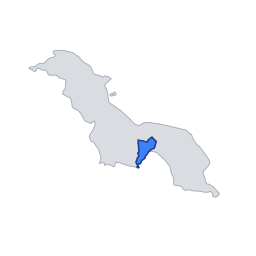 where Dedza sits in Malawi, rotated 320°
{"feature_id": "MWI-1907", "entity_name": "Dedza", "entity_type": "District", "adm_level": 1, "iso_a3": "MWI", "parent_name": "Malawi", "parent_adm1": "", "projection": "mercator", "projection_center": [34.115, -14.229], "detail": "fine", "context": "in_parent", "style": "filled", "palette": "blue", "viewbox_px": 256, "rotation_deg": 320, "n_neighbors": 0, "source": "natural_earth", "source_scale": "10m", "svg_char_len": 4365}
<svg xmlns="http://www.w3.org/2000/svg" viewBox="0 0 256 256"><g transform="rotate(320 128 128)"><path d="M98.2,148.4L96.7,146.4L95.5,146.9L93.8,148.3L92.9,148.7L92.4,148.7L92.1,148.3L91.7,147.4L90.4,144.7L89.0,142.9L87.4,142.1L86.2,141.3L86.7,140.4L87.3,139.8L87.1,139.2L86.3,138.3L83.6,137.0L83.5,136.4L86.0,135.3L87.5,133.9L88.6,132.6L89.9,129.8L90.9,127.0L91.7,126.0L92.0,124.2L91.8,122.1L92.4,119.4L92.6,116.8L91.8,115.8L91.1,114.1L92.0,111.2L93.2,109.2L99.4,107.1L103.6,105.2L104.5,104.4L106.0,102.8L106.8,101.2L106.2,100.8L102.8,100.7L102.0,100.1L99.6,94.6L100.9,88.3L101.1,85.8L101.0,82.7L100.6,80.5L99.5,79.5L98.9,78.3L99.1,75.0L100.0,74.6L102.2,70.3L103.1,67.7L102.0,65.6L100.7,62.7L100.2,60.9L99.8,60.3L100.7,59.1L102.2,58.0L103.8,57.7L105.5,57.2L110.8,51.8L110.9,50.7L109.9,48.9L107.9,46.2L107.5,45.0L107.2,41.8L106.4,40.8L103.5,38.6L101.2,36.3L101.9,33.9L102.3,31.3L101.2,29.9L99.5,28.5L98.5,26.3L98.0,24.7L96.7,24.1L95.5,24.1L94.6,25.1L93.7,25.0L92.5,24.6L92.1,23.3L92.1,21.8L91.3,20.8L90.5,19.4L90.4,18.6L90.9,18.4L91.9,18.3L96.2,21.1L98.9,21.2L101.8,21.7L104.3,24.2L105.5,24.5L107.2,24.2L111.9,23.9L113.8,24.3L116.2,25.8L117.2,26.0L118.7,26.0L119.0,25.6L119.1,24.8L118.8,23.0L119.2,22.1L120.1,21.1L122.7,22.3L129.1,27.7L129.3,28.4L133.4,33.8L134.7,36.0L134.7,37.2L136.0,42.0L136.2,44.2L135.9,45.8L136.0,47.2L136.5,49.1L136.3,49.9L137.8,52.7L138.5,55.1L138.6,57.4L138.2,59.7L136.9,63.0L136.7,64.3L137.0,65.5L137.8,66.8L139.2,68.2L140.3,70.0L141.0,72.0L141.6,72.9L142.3,72.8L143.7,73.2L144.8,74.3L146.1,76.3L146.5,78.6L146.7,79.5L143.0,79.5L138.4,79.8L137.3,80.7L137.0,82.7L135.5,86.7L134.7,88.2L133.0,91.0L130.6,94.8L130.1,96.1L130.2,97.4L131.6,102.6L133.1,108.1L133.6,110.2L134.6,117.6L135.2,122.8L135.3,125.8L135.8,129.9L137.1,132.1L138.5,133.5L143.7,134.3L145.3,135.3L148.2,137.9L154.6,145.1L158.2,149.7L161.3,153.8L166.9,161.3L171.2,167.2L171.7,172.7L172.5,173.5L171.0,177.5L170.0,184.1L170.7,188.5L170.4,196.0L169.7,204.0L168.7,206.9L167.4,207.9L164.4,208.8L157.7,209.8L156.7,210.7L155.9,212.3L154.5,216.0L152.9,219.7L152.4,221.3L152.7,221.7L154.2,223.6L155.6,228.4L155.8,236.8L155.3,237.4L153.4,237.7L151.3,237.6L150.4,237.2L149.6,236.2L149.0,234.4L150.4,233.2L150.9,231.0L150.0,229.2L148.2,228.8L146.0,227.0L141.2,221.5L137.1,217.6L134.8,214.3L132.4,213.1L131.7,212.3L131.1,210.9L131.1,208.9L131.4,207.5L130.6,205.9L128.2,203.3L127.1,202.0L127.0,200.3L128.0,198.7L130.1,196.7L131.7,192.8L132.2,190.2L135.2,185.0L135.6,180.6L135.6,177.0L135.4,174.3L134.7,168.9L134.2,165.1L130.6,160.1L129.4,159.7L126.0,160.1L123.0,160.8L121.6,161.9L119.4,161.9L113.6,162.8L111.8,163.1L110.8,164.0L110.2,164.2L106.6,160.4L103.4,156.3L99.4,149.3L98.2,148.4ZM140.1,94.5L139.1,94.8L138.5,94.3L138.6,92.8L139.0,91.7L140.0,91.5L140.6,91.8L141.1,92.3L141.1,93.1L140.8,93.9L140.1,94.5ZM137.9,91.8L137.4,93.3L136.2,93.3L135.2,91.9L135.5,90.9L136.5,90.6L137.5,91.0L137.9,91.8Z" fill="#d9dde1" stroke="#a8b0b8" stroke-width="1"/><path d="M110.9,165.3L110.4,165.2L110.1,164.9L109.9,164.5L109.7,164.0L110.2,163.8L110.4,163.4L110.7,163.2L110.9,163.0L111.6,162.0L111.7,161.7L111.7,160.5L111.8,160.1L112.0,159.6L112.2,159.3L112.4,159.0L112.8,158.8L114.7,157.9L115.0,157.6L115.3,157.3L115.9,156.9L116.2,156.8L116.7,156.8L117.0,156.8L117.7,156.5L117.9,156.4L118.2,156.4L118.4,156.3L118.6,156.1L118.8,155.6L118.9,154.3L119.0,153.9L119.2,153.6L119.6,153.4L120.7,153.3L121.0,153.1L121.3,152.8L121.6,152.5L122.0,152.0L122.4,151.7L122.8,151.3L123.1,150.5L123.3,150.1L123.5,149.8L123.9,149.3L124.2,148.8L124.6,148.4L124.9,148.0L125.7,146.6L125.8,146.3L125.9,146.0L126.0,145.8L126.4,145.6L127.1,145.1L127.6,144.6L128.1,143.8L129.3,145.5L131.0,147.2L131.4,147.7L132.3,149.3L133.2,150.6L133.6,151.1L133.9,151.3L134.0,151.3L134.2,151.1L134.8,150.5L134.9,150.4L135.1,150.3L135.2,150.2L135.4,150.1L140.5,150.3L140.9,155.5L140.9,156.7L138.6,158.0L136.6,159.6L135.0,160.3L134.6,160.4L134.3,160.3L134.0,160.0L133.5,159.8L133.3,159.7L133.1,159.6L132.7,159.4L132.3,159.4L131.6,159.3L131.4,159.3L131.1,159.5L130.7,159.8L130.5,159.5L129.7,159.1L129.3,159.3L129.1,159.4L128.9,159.6L128.6,159.6L128.2,159.5L125.3,160.6L123.3,160.6L122.4,161.0L122.2,161.3L121.8,162.0L121.6,162.1L118.7,161.8L117.9,161.8L117.2,161.9L115.6,162.9L114.8,163.2L114.0,163.1L112.5,162.0L111.9,162.2L111.5,162.8L111.3,163.6L111.3,164.6L111.2,165.1L110.9,165.3Z" fill="#3b82f6" stroke="#1e3a8a" stroke-width="1.5"/></g></svg>